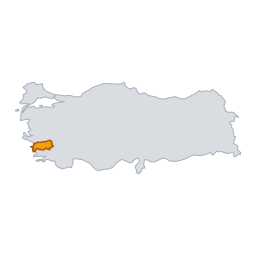 location of Aydin within Turkey
{"feature_id": "TUR-2229", "entity_name": "Aydin", "entity_type": "Province", "adm_level": 1, "iso_a3": "TUR", "parent_name": "Turkey", "parent_adm1": "", "projection": "natural_earth1", "projection_center": [27.708, 37.721], "detail": "fine", "context": "in_parent", "style": "filled", "palette": "amber", "viewbox_px": 256, "rotation_deg": 0, "n_neighbors": 0, "source": "natural_earth", "source_scale": "10m", "svg_char_len": 4776}
<svg xmlns="http://www.w3.org/2000/svg" viewBox="0 0 256 256"><path d="M199.0,90.6L202.7,91.8L203.8,90.9L207.1,91.0L210.1,91.7L211.6,89.7L213.7,89.9L214.2,90.9L215.2,91.3L218.4,93.9L218.1,94.3L218.9,95.2L221.6,95.9L221.9,97.2L224.0,99.2L225.3,102.2L224.8,104.3L223.7,105.7L225.6,110.3L225.1,110.9L228.4,112.4L232.4,112.1L233.8,112.8L237.9,116.4L238.9,117.8L236.1,116.1L234.7,117.6L234.1,121.2L229.9,121.8L230.7,124.1L231.9,125.2L231.6,127.4L232.0,128.3L233.2,129.7L233.2,131.7L233.8,133.8L233.9,136.3L235.7,137.1L235.0,138.2L233.3,143.3L233.4,143.7L234.8,143.9L237.9,146.2L237.4,147.0L237.9,150.3L240.6,152.4L240.3,153.5L240.4,154.6L238.5,154.1L234.8,157.0L234.4,156.9L233.8,155.9L233.6,153.0L232.6,152.2L231.4,152.0L229.4,153.4L227.5,153.3L225.6,153.1L220.5,151.3L218.7,151.9L216.8,151.2L213.2,154.8L212.0,155.0L211.4,153.3L210.1,152.3L208.4,153.6L202.1,155.3L199.2,155.6L195.5,155.0L192.5,155.2L184.6,159.2L176.8,161.3L169.9,161.1L166.0,158.7L163.0,158.1L154.2,161.9L149.8,161.7L148.3,160.2L144.9,159.5L144.2,161.0L143.6,164.6L144.9,167.9L143.0,168.1L141.8,168.8L141.5,171.3L139.8,172.2L139.3,173.8L139.0,173.8L136.2,172.5L136.9,171.3L135.1,166.8L135.9,165.4L139.4,161.6L139.2,159.5L137.6,158.0L133.1,160.7L132.7,161.7L131.7,162.6L130.0,162.9L121.8,159.3L117.1,162.4L113.1,167.0L110.0,168.6L101.0,169.9L99.4,170.8L96.3,169.8L94.4,168.6L90.2,163.5L82.2,159.6L73.8,158.6L73.1,159.6L72.8,163.6L71.5,167.4L70.9,167.7L69.0,166.8L62.6,169.0L57.1,166.6L56.1,165.5L54.8,161.1L54.0,160.8L53.2,161.4L52.2,161.4L48.3,159.5L46.2,159.4L44.9,161.2L42.8,162.0L42.7,161.5L43.6,160.3L40.3,160.5L38.5,161.4L36.1,160.9L36.3,160.4L38.2,159.8L42.6,159.1L45.4,156.2L34.9,156.4L33.9,157.0L33.7,155.5L34.3,154.8L37.1,154.2L36.9,153.0L35.2,151.6L33.4,150.9L32.5,147.8L31.6,147.0L31.7,146.6L33.4,146.0L33.8,143.7L33.5,142.3L30.1,141.1L29.4,141.2L28.5,140.0L27.1,139.1L25.9,139.8L22.5,137.9L23.1,136.6L24.0,136.6L24.1,135.5L23.5,133.7L23.5,132.8L24.3,132.6L25.1,132.8L26.0,133.8L26.1,135.8L27.0,137.1L27.6,135.8L29.2,136.5L32.0,135.9L32.5,135.4L30.5,135.4L29.7,134.9L28.1,131.6L29.8,130.6L31.0,129.0L28.7,127.9L29.1,125.6L27.1,123.1L29.8,119.8L29.7,119.3L28.8,119.1L20.5,120.5L20.4,119.0L21.0,117.7L20.9,114.6L21.3,112.9L22.9,112.4L24.8,109.8L27.8,106.9L31.0,106.9L32.3,106.1L34.2,106.1L34.8,107.2L36.4,108.0L39.4,107.9L40.8,107.1L39.4,105.7L41.1,105.2L42.4,105.6L41.7,107.2L42.1,107.3L45.9,106.8L49.9,107.2L54.2,107.0L54.8,106.5L51.7,104.9L53.7,103.5L54.8,103.2L64.0,101.9L64.0,101.6L58.4,100.9L55.4,99.0L54.6,98.0L55.2,95.5L55.8,94.9L57.8,94.8L64.8,95.9L69.7,95.3L75.1,96.9L80.3,96.6L81.3,95.8L82.6,93.5L89.8,89.5L92.3,87.5L103.6,83.5L120.5,84.2L123.4,82.6L125.2,83.2L124.7,84.2L124.8,85.1L126.9,87.5L130.0,88.9L134.1,87.7L135.7,88.2L137.3,91.9L140.0,94.1L141.2,94.3L142.7,93.0L144.2,92.8L146.8,94.1L147.7,95.4L155.8,97.0L157.6,98.1L163.1,99.2L175.1,96.6L179.6,98.4L183.3,99.0L184.9,98.7L189.7,96.6L191.2,95.4L194.2,94.3L197.9,91.9L199.0,90.6ZM42.7,84.0L42.4,85.7L43.1,87.5L44.8,90.0L46.5,91.3L54.8,94.8L53.6,98.0L51.6,98.5L44.5,96.9L41.6,98.3L39.6,97.9L36.7,98.5L35.9,100.5L33.9,102.7L28.2,105.4L23.1,110.9L21.6,111.6L22.3,109.8L22.2,108.1L24.5,106.2L27.6,104.8L28.5,103.6L20.5,103.8L19.7,102.1L20.5,101.8L23.1,98.8L23.4,97.6L23.2,94.6L26.3,93.0L26.6,92.3L26.1,89.4L23.1,87.7L23.2,86.9L25.3,86.1L26.5,84.1L29.6,83.7L31.1,82.7L33.8,82.2L37.1,84.7L41.1,83.8L42.7,84.0ZM18.9,110.7L16.2,111.2L15.4,110.7L16.2,109.8L18.3,109.2L19.0,110.1L18.9,110.7Z" fill="#d9dde1" stroke="#a8b0b8" stroke-width="1"/><path d="M35.5,150.6L35.3,150.6L35.1,150.7L35.0,150.9L35.0,151.1L34.9,151.2L34.6,151.2L34.6,151.3L34.7,151.5L34.0,151.5L33.8,151.6L33.7,151.7L33.4,151.5L33.3,151.4L33.2,151.5L33.1,151.4L33.2,151.1L33.2,150.8L33.4,150.7L33.3,150.3L33.4,149.6L33.2,149.7L32.9,149.8L32.9,149.6L33.0,149.3L33.0,149.1L33.0,148.9L33.0,148.7L32.9,148.7L33.0,148.5L33.2,148.4L33.3,148.1L33.2,147.9L32.4,147.4L31.4,147.1L30.9,146.9L31.0,146.6L32.0,146.6L32.3,146.5L33.3,146.2L33.5,146.1L33.7,145.7L33.8,145.5L33.9,145.2L33.9,144.9L33.9,144.7L33.7,144.4L33.6,144.2L33.6,143.9L33.8,143.8L33.9,143.7L34.7,143.6L35.6,143.2L37.1,142.3L37.7,142.2L40.6,142.4L43.3,141.7L45.5,141.7L46.0,141.5L46.4,141.3L46.8,141.2L47.3,141.1L49.2,140.4L50.8,140.5L50.9,140.8L51.0,141.1L51.7,141.6L51.9,142.0L51.8,142.5L52.0,143.4L51.9,143.7L51.7,143.9L51.6,144.2L51.9,144.6L52.1,145.0L52.3,145.3L53.1,145.5L53.2,145.8L53.2,146.2L52.8,146.5L52.3,146.5L51.8,147.3L51.2,147.9L50.3,147.7L49.4,148.0L49.2,148.5L49.3,149.1L49.5,149.1L49.7,149.4L49.7,149.6L48.2,149.4L47.3,149.0L46.6,148.3L45.7,148.2L45.1,148.6L44.7,149.4L44.2,149.8L42.8,149.9L42.0,149.9L41.5,149.6L40.9,149.6L40.4,149.7L39.9,149.7L39.0,149.1L38.1,149.0L37.6,148.8L37.2,148.5L36.8,148.5L36.5,148.7L36.3,149.0L35.7,150.3L35.5,150.6Z" fill="#f59e0b" stroke="#b45309" stroke-width="1.5"/></svg>